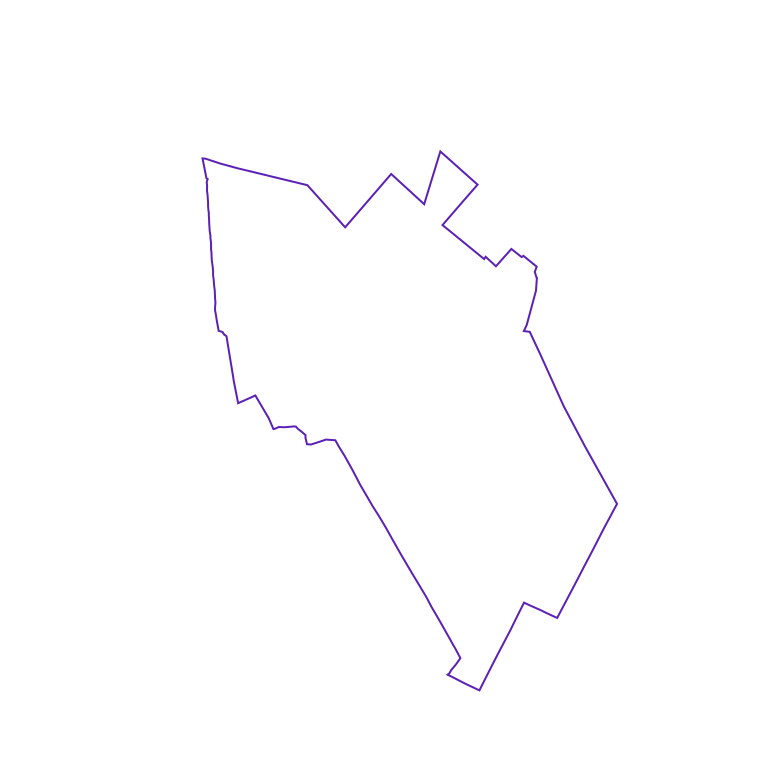 the district of Lipovu, Dolj, Romania, rotated 296°
{"feature_id": "2599482B19969381066239", "entity_name": "Lipovu", "entity_type": "district", "adm_level": 2, "iso_a3": "ROU", "parent_name": "Romania", "parent_adm1": "Dolj", "projection": "mercator", "projection_center": [23.608, 44.111], "detail": "fine", "context": "isolated", "style": "outline", "palette": "violet", "viewbox_px": 768, "rotation_deg": 296, "n_neighbors": 0, "source": "geoboundaries", "source_scale": "gbopen_adm2", "svg_char_len": 2134}
<svg xmlns="http://www.w3.org/2000/svg" viewBox="0 0 768 768"><g transform="rotate(296 384 384)"><path d="M378.4,646.0L416.3,591.6L442.8,555.3L478.9,511.8L494.4,492.6L494.8,492.2L492.9,486.5L499.6,486.4L534.5,479.7L546.4,474.9L546.4,474.6L550.8,470.4L556.4,469.8L560.3,453.1L558.4,452.1L561.2,439.3L538.9,433.0L542.9,419.6L540.2,419.2L552.5,366.9L578.9,373.9L604.2,380.7L617.7,332.7L563.2,341.3L575.9,298.4L507.8,280.4L529.1,228.0L513.6,157.3L510.4,140.5L508.2,124.5L507.2,122.0L491.0,134.3L490.9,135.7L489.9,135.8L488.5,136.0L487.2,136.4L485.5,137.6L483.0,138.9L480.7,139.8L476.8,142.4L470.2,146.2L466.6,148.0L463.4,149.9L460.6,151.8L458.5,152.7L456.8,153.8L450.8,157.0L444.9,160.4L441.2,163.0L439.1,164.0L435.3,166.5L431.8,168.3L429.3,169.4L427.4,170.8L422.2,173.6L419.2,175.3L414.2,178.7L410.2,181.1L407.0,182.6L402.6,185.5L398.6,187.8L393.5,191.1L387.5,194.3L383.3,196.8L378.0,198.9L376.1,199.9L371.8,203.1L367.7,205.9L359.3,212.1L359.8,214.9L359.9,216.3L359.3,216.9L358.7,218.2L358.1,219.2L358.2,219.9L357.9,221.5L349.5,227.4L325.0,244.8L320.5,247.9L303.1,261.1L302.8,261.3L305.3,263.4L317.3,273.4L316.9,274.0L302.5,295.7L295.0,304.4L295.8,305.4L299.4,308.5L300.5,311.3L302.1,314.6L306.3,321.5L307.1,323.4L305.9,326.5L305.0,330.8L303.7,335.8L301.1,337.1L296.1,341.2L297.6,344.9L304.5,352.1L308.6,356.2L312.1,364.9L307.8,371.1L301.8,380.6L293.0,393.2L282.6,407.3L276.3,416.8L269.3,427.2L263.3,437.0L255.8,448.5L248.5,459.0L238.2,474.0L226.1,492.3L211.3,515.1L206.1,522.2L204.2,524.8L198.5,533.4L194.1,539.9L182.8,556.3L179.6,560.8L177.6,563.9L171.1,572.8L168.9,572.5L163.5,571.6L158.4,570.3L156.3,569.8L154.2,569.7L153.1,569.7L152.5,569.5L151.6,569.1L150.6,568.6L150.6,572.8L150.3,586.7L150.3,591.7L150.4,598.3L150.4,600.1L150.4,602.0L150.5,603.0L150.5,604.1L153.0,604.1L161.0,604.2L180.8,604.5L190.4,604.7L217.8,605.5L225.5,605.5L240.5,605.6L248.9,605.7L248.9,606.7L248.9,608.9L249.1,615.6L249.4,624.0L249.4,626.2L249.4,630.1L249.5,637.6L249.6,639.5L249.6,642.2L281.2,643.2L295.3,643.6L308.3,643.9L328.0,644.5L344.9,644.8L353.2,645.0L364.7,645.5L371.2,645.7L378.4,646.0Z" fill="none" stroke="#5b21b6" stroke-width="2"/></g></svg>